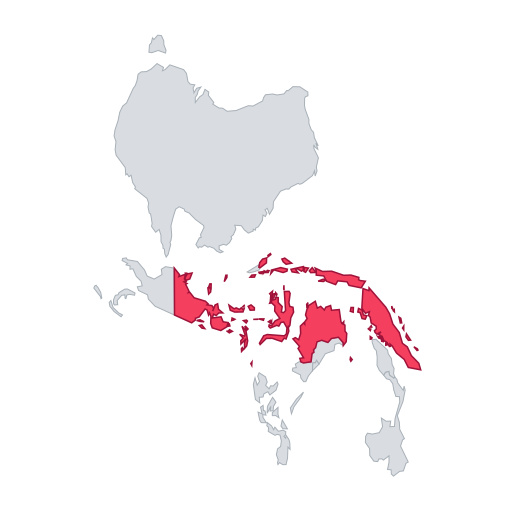 Indonesia highlighted, Equal Earth projection, rotated 179°
{"feature_id": "IDN", "entity_name": "Indonesia", "entity_type": "country or territory", "adm_level": 0, "iso_a3": "IDN", "parent_name": "Asia", "parent_adm1": "", "projection": "equal_earth", "projection_center": [119.503, -2.501], "detail": "fine", "context": "with_neighbors", "style": "filled", "palette": "rose", "viewbox_px": 512, "rotation_deg": 179, "n_neighbors": 7, "source": "natural_earth", "source_scale": "50m", "svg_char_len": 12158}
<svg xmlns="http://www.w3.org/2000/svg" viewBox="0 0 512 512"><g transform="rotate(179 256 256)"><path d="M338.6,198.4L357.8,207.5L364.4,214.8L365.1,219.1L374.0,223.5L375.2,227.3L370.3,228.1L371.4,232.9L376.0,237.6L379.3,245.3L382.3,245.0L382.0,248.2L386.1,249.4L384.5,250.8L390.0,253.8L389.4,255.9L385.8,256.4L384.6,254.5L374.7,252.6L367.8,244.1L365.1,237.8L358.2,234.7L350.3,239.1L350.9,244.4L346.7,246.9L338.2,245.4L338.6,198.4ZM398.9,203.0L403.0,208.3L403.6,212.1L401.9,214.0L399.8,207.0L394.3,201.5L390.5,199.4L392.0,197.6L398.9,203.0ZM393.6,221.8L387.8,225.2L385.0,225.2L377.6,221.1L378.1,218.9L382.9,219.9L385.8,219.3L386.7,215.9L387.5,215.7L387.9,219.5L391.0,219.0L395.6,213.9L395.1,209.7L398.3,209.5L399.3,210.7L399.2,214.7L397.3,219.1L394.5,219.7L393.6,221.8ZM412.2,218.1L418.7,226.8L417.9,228.8L416.4,229.5L414.2,226.8L411.9,222.2L410.9,216.7L411.7,216.0L412.2,218.1Z" fill="#d9dde1" stroke="#a8b0b8" stroke-width="1"/><path d="M252.5,243.7L253.1,242.0L257.7,240.4L263.1,239.3L265.1,240.2L253.1,247.3L252.5,243.7Z" fill="#d9dde1" stroke="#a8b0b8" stroke-width="1"/><path d="M147.7,76.9L142.8,75.9L135.9,77.2L132.4,83.1L133.5,91.8L128.8,88.5L124.2,88.6L125.1,83.0L120.5,83.1L119.8,90.9L114.8,107.7L115.1,112.9L118.6,113.1L120.6,119.7L121.5,125.9L124.4,130.0L127.6,130.9L130.4,134.6L128.6,137.6L125.0,138.4L124.6,134.7L120.3,131.6L119.4,132.8L117.3,130.1L116.4,126.5L111.1,119.0L110.2,123.3L109.2,119.3L111.6,107.9L117.5,93.9L115.6,87.3L115.3,80.1L110.8,70.8L112.7,69.5L114.8,63.4L107.4,47.4L109.7,46.1L112.4,38.5L116.1,38.2L122.4,33.5L124.5,35.7L124.6,39.9L128.2,40.2L126.6,47.6L126.5,53.9L132.2,49.7L133.7,51.0L136.8,50.8L137.9,48.3L141.8,48.8L145.7,54.5L145.8,61.5L149.9,67.7L149.5,73.7L147.7,76.9Z" fill="#d9dde1" stroke="#a8b0b8" stroke-width="1"/><path d="M356.7,461.1L359.5,461.6L358.8,468.9L356.9,471.0L355.7,475.9L354.3,474.2L350.4,478.5L346.7,478.0L344.5,472.8L344.4,468.7L342.4,463.3L342.9,460.5L350.2,463.2L356.7,461.1ZM256.3,406.0L246.7,410.9L245.6,414.3L243.8,417.0L236.5,417.7L232.2,416.6L225.2,417.6L222.3,421.0L220.9,420.7L216.1,424.7L209.2,424.4L201.3,419.0L201.3,415.3L203.8,414.4L204.6,412.9L204.9,405.9L204.3,402.0L200.7,391.5L200.8,387.6L198.6,381.3L196.3,378.6L195.6,373.3L191.8,365.0L194.1,367.9L192.3,361.6L194.9,363.6L196.4,366.2L196.3,362.7L191.9,353.1L194.1,344.0L193.5,339.9L195.5,334.9L196.0,340.2L198.1,335.4L208.8,327.6L211.1,327.0L212.6,327.9L219.8,324.5L222.0,322.3L224.9,322.5L230.4,320.4L237.6,310.0L238.1,303.4L241.8,297.4L243.9,303.5L246.2,302.0L244.3,298.7L246.0,295.3L248.3,296.8L249.0,291.4L253.2,285.1L255.9,283.9L256.0,281.9L258.3,282.8L258.4,281.0L263.3,279.0L267.2,282.3L270.1,286.5L276.7,287.2L275.7,283.3L278.3,277.6L280.7,275.7L279.9,273.9L282.3,269.8L285.5,267.3L288.2,268.2L292.7,266.8L292.7,263.2L288.8,260.8L291.7,259.8L295.2,261.6L298.0,264.5L302.4,266.3L303.9,265.6L307.2,267.8L310.3,265.7L312.3,266.4L313.6,265.0L315.9,268.5L312.3,275.2L310.5,275.5L311.1,278.3L307.5,285.4L307.8,287.4L315.9,293.6L322.2,300.2L326.3,302.0L327.0,304.2L332.0,306.6L335.5,304.2L337.9,297.2L340.5,287.7L339.9,278.1L340.8,272.8L341.8,271.3L341.1,268.9L343.8,259.2L345.8,256.5L347.2,260.0L347.5,264.5L348.8,265.3L348.9,268.3L350.7,272.0L350.7,278.6L352.4,284.2L355.9,281.5L359.9,287.3L359.3,290.4L360.1,296.5L360.7,300.0L362.0,300.9L363.1,306.9L362.4,310.6L363.9,315.4L376.1,325.4L375.3,327.1L378.0,331.5L379.5,339.0L381.6,337.5L383.5,340.5L384.8,339.4L385.2,346.7L394.1,359.2L395.0,364.7L394.0,372.8L395.8,378.5L394.8,384.5L391.6,393.6L389.7,402.2L386.7,408.2L382.7,411.4L376.0,425.4L373.7,428.6L371.9,433.4L370.7,439.8L367.6,442.1L362.2,442.3L357.4,444.9L351.6,450.1L345.2,446.2L346.3,442.8L343.6,444.0L338.8,448.6L325.1,443.6L322.3,439.7L321.0,431.6L318.8,429.0L314.2,428.2L316.0,425.1L315.2,420.2L312.5,424.7L308.1,425.9L310.9,422.3L311.9,418.6L314.0,415.4L314.0,410.5L309.6,416.1L306.3,418.3L304.1,423.5L300.4,420.8L300.8,417.4L295.5,410.2L296.6,408.6L290.4,404.6L286.9,404.4L282.3,401.2L273.3,401.8L261.1,406.4L256.3,406.0Z" fill="#d9dde1" stroke="#a8b0b8" stroke-width="1"/><path d="M232.6,91.6L227.6,82.6L232.2,82.9L234.0,85.5L232.6,91.6ZM238.6,109.5L241.1,105.5L241.6,101.1L244.6,100.7L243.7,105.5L247.6,98.6L247.2,105.4L241.9,114.4L238.6,109.5ZM259.1,112.5L260.9,127.6L259.1,134.2L257.1,126.9L254.7,130.5L256.4,135.8L254.9,139.2L248.6,135.0L247.0,129.8L248.6,126.4L245.2,123.0L243.6,126.0L241.1,125.7L237.1,129.7L236.2,127.6L238.3,121.5L244.6,116.8L246.5,120.1L250.5,118.1L251.4,114.9L255.2,114.7L254.8,109.1L259.1,112.5ZM218.0,112.3L210.9,119.1L213.5,114.1L220.6,104.7L223.3,97.6L224.3,103.4L218.0,112.3ZM238.1,48.9L237.3,51.8L239.1,56.9L237.8,62.8L234.7,65.1L233.9,70.8L235.1,76.5L237.9,77.3L240.2,76.4L246.8,80.4L246.4,84.3L248.1,86.0L247.6,89.3L243.4,85.8L241.4,82.0L240.1,84.6L236.7,80.4L231.9,81.4L229.3,79.8L229.5,76.9L231.2,75.1L229.6,73.4L228.9,76.0L226.3,71.9L225.5,68.8L225.3,62.0L227.4,64.4L228.0,53.3L229.6,46.9L232.8,46.9L236.1,49.0L237.7,47.1L238.1,48.9ZM236.8,97.3L235.9,93.9L239.1,96.1L242.5,96.1L242.4,99.1L236.6,104.3L236.8,97.3ZM255.2,91.9L256.7,99.9L252.6,98.0L254.1,104.8L251.5,106.5L251.3,101.4L249.7,101.0L248.8,96.7L251.9,97.3L251.9,94.6L248.6,89.1L253.7,89.3L255.2,91.9Z" fill="#d9dde1" stroke="#a8b0b8" stroke-width="1"/><path d="M119.4,132.8L120.3,131.6L124.6,134.7L125.0,138.4L128.6,137.6L130.4,134.6L134.7,139.6L136.9,144.5L136.6,152.6L137.4,159.4L139.3,161.4L141.4,167.8L141.3,170.2L137.5,170.7L126.1,159.6L125.5,155.9L122.4,151.1L121.8,145.1L119.9,141.2L120.5,135.9L119.4,132.8ZM214.6,149.6L203.8,148.4L201.9,156.6L199.9,159.2L197.1,169.2L192.7,170.7L187.6,168.7L185.1,169.4L181.9,173.0L178.5,172.5L175.0,174.0L171.4,169.9L170.5,165.0L174.4,167.5L178.6,166.2L179.7,160.0L188.4,157.1L194.9,146.8L197.3,150.6L198.5,148.1L201.0,148.3L201.6,140.2L205.7,135.2L208.4,129.5L210.6,129.5L213.3,133.2L213.6,136.3L221.6,140.5L221.2,143.3L217.6,143.7L218.6,147.2L214.6,149.6Z" fill="#d9dde1" stroke="#a8b0b8" stroke-width="1"/><path d="M201.6,140.2L201.0,148.3L198.5,148.1L197.3,150.6L194.9,146.8L201.6,140.2Z" fill="#d9dde1" stroke="#a8b0b8" stroke-width="1"/><path d="M170.3,164.9L170.4,167.9L175.0,173.3L182.0,172.2L185.6,168.3L191.7,170.6L196.5,169.1L198.0,163.3L200.1,161.3L199.8,158.6L201.6,157.6L202.8,149.2L210.4,148.2L213.0,149.4L214.0,152.9L210.2,153.4L215.6,162.8L214.1,164.9L220.5,172.5L218.1,173.7L214.8,171.6L212.7,177.8L212.9,185.1L209.4,188.4L208.5,187.1L208.5,189.2L206.0,192.5L207.5,196.2L205.9,202.2L204.8,203.8L204.3,205.5L197.5,209.7L195.6,202.9L192.2,204.5L188.6,200.8L187.1,203.6L182.3,205.2L181.4,200.4L173.7,201.0L172.2,188.8L171.1,186.9L168.3,185.4L168.3,179.3L166.6,177.0L167.3,168.7L170.3,164.9ZM93.3,139.3L105.7,141.9L109.6,150.0L117.2,156.5L121.4,163.7L123.4,165.5L123.1,163.3L124.2,163.2L126.5,167.3L129.5,169.1L131.4,173.5L134.9,175.4L132.3,178.0L136.5,175.8L138.3,177.5L138.9,179.2L137.0,180.9L137.1,183.7L142.0,187.1L142.9,192.7L144.6,194.7L143.6,198.3L147.6,196.8L151.1,202.0L149.6,221.6L143.7,219.4L143.5,222.2L127.1,202.5L123.4,195.8L120.3,185.5L114.1,177.0L111.1,166.1L106.3,162.5L102.4,153.7L95.1,145.9L93.3,139.3ZM338.5,198.4L337.9,245.4L332.8,238.7L333.5,236.8L326.9,239.0L328.0,234.3L326.2,231.9L326.9,231.6L327.9,231.8L328.5,231.5L325.5,229.7L326.9,229.1L323.4,221.5L324.2,220.6L322.8,220.8L318.6,215.3L307.4,211.7L304.7,209.0L305.8,208.0L300.9,207.2L299.3,204.7L300.2,201.6L297.8,207.7L295.2,208.9L294.4,203.4L290.2,199.7L294.2,199.7L296.8,197.2L299.5,198.5L300.7,194.8L292.0,195.8L290.0,190.8L285.0,189.9L286.4,185.7L292.5,182.1L301.0,184.9L302.5,189.4L302.1,196.3L303.5,200.0L304.5,197.9L305.8,202.8L307.8,203.9L313.9,196.0L317.6,194.8L317.9,192.9L321.5,190.3L338.5,198.4ZM254.1,168.7L249.7,176.1L246.1,177.3L229.1,175.7L227.0,177.6L226.3,183.6L229.5,189.5L232.1,189.2L234.4,185.5L236.5,186.3L243.0,183.7L244.4,185.2L244.1,186.8L241.5,186.1L238.0,190.8L233.2,193.1L238.3,200.6L238.0,205.7L241.2,208.9L241.4,211.3L237.3,212.4L236.9,214.5L234.5,214.0L234.6,209.1L230.7,205.0L231.6,199.5L229.5,198.8L227.4,200.9L228.3,220.0L223.6,220.1L222.5,218.0L223.9,208.7L223.1,205.0L219.9,204.1L219.4,199.2L222.3,193.5L223.3,186.1L224.4,184.5L225.1,185.8L224.5,180.2L227.4,172.5L229.2,173.4L231.8,170.0L241.2,173.4L247.1,173.4L253.4,167.4L254.1,168.7ZM151.4,222.3L163.5,225.0L165.4,228.6L174.7,229.7L176.9,226.0L186.0,229.6L188.6,234.9L196.1,235.8L196.0,240.2L197.0,242.9L189.9,239.4L180.6,239.5L168.7,235.2L161.4,235.3L153.5,232.8L153.8,230.5L152.1,229.6L147.1,228.9L151.4,222.3ZM267.5,173.4L272.6,168.2L272.7,171.6L270.3,174.2L273.7,178.0L268.8,176.1L268.3,177.4L271.2,186.0L267.3,181.3L265.8,171.3L266.9,166.2L269.1,163.7L269.0,169.9L267.5,173.4ZM278.3,200.3L282.7,202.2L283.9,207.4L278.8,203.6L276.7,204.5L273.5,202.9L271.6,204.5L269.6,202.4L268.3,204.8L270.0,200.3L278.3,200.3ZM240.8,241.7L231.5,244.0L224.9,242.3L225.3,240.3L229.2,239.0L238.4,241.8L241.5,238.1L240.8,241.7ZM214.0,238.4L220.2,239.5L221.3,242.1L208.8,244.6L209.1,241.1L210.8,240.0L215.1,242.6L216.5,241.6L214.0,238.4ZM252.2,244.1L253.4,244.8L252.4,249.3L249.5,252.8L245.4,253.9L245.7,248.9L252.2,244.1ZM151.1,191.6L152.8,197.4L155.2,198.2L154.4,201.8L150.8,200.0L149.7,195.3L146.2,194.3L147.9,190.9L151.1,191.6ZM325.0,239.3L320.2,240.1L322.6,234.2L326.3,232.9L327.5,235.1L325.0,239.3ZM226.0,247.2L228.9,249.7L230.2,252.5L227.3,253.4L220.4,248.2L226.0,247.2ZM262.8,201.9L264.7,205.8L261.8,207.2L258.5,204.3L258.6,202.0L262.8,201.9ZM201.6,238.4L203.0,240.2L200.0,243.4L196.4,238.5L201.6,238.4ZM208.4,239.7L207.7,243.7L203.8,243.0L206.7,238.8L208.4,239.7ZM162.7,199.1L161.9,202.9L159.5,202.8L159.8,198.1L162.7,199.1ZM304.0,218.8L304.7,225.0L303.3,225.3L301.7,223.4L302.0,220.8L304.0,218.8ZM194.3,229.8L189.2,231.7L187.0,230.6L188.9,229.3L194.3,229.8ZM242.4,211.3L241.9,216.7L243.0,218.1L240.1,220.5L241.3,212.9L242.4,211.3ZM105.1,169.0L107.5,172.5L106.9,175.5L102.9,169.2L105.1,169.0ZM114.1,192.4L112.3,191.2L111.5,186.6L112.9,186.5L114.1,192.4ZM286.5,237.3L285.3,237.3L285.5,235.0L288.2,230.9L286.5,237.3ZM284.0,179.6L286.8,181.7L283.0,180.2L284.5,182.0L283.7,182.8L280.9,181.1L284.0,179.6ZM249.7,191.6L254.5,193.1L249.2,193.0L249.7,191.6ZM240.1,217.6L238.2,218.0L238.7,214.0L240.4,212.9L240.1,217.6ZM308.5,184.3L311.3,184.8L313.9,187.5L311.4,188.1L308.5,184.3ZM262.3,234.9L260.5,237.0L256.9,237.2L257.9,234.9L262.3,234.9ZM303.8,226.1L302.6,229.0L301.3,228.9L301.5,224.3L303.8,226.1ZM269.7,191.6L266.6,192.1L265.7,191.1L267.0,189.2L269.7,191.6ZM309.0,191.1L312.9,191.5L316.6,192.6L313.1,193.2L309.0,191.1ZM241.6,188.1L244.8,190.0L243.0,191.2L242.9,189.0L241.5,191.0L241.6,188.1ZM271.3,164.7L270.1,162.9L272.1,160.8L272.2,163.5L271.3,164.7ZM250.4,238.3L252.9,238.6L253.4,239.7L249.3,240.3L250.4,238.3ZM281.5,191.8L281.0,194.4L278.2,193.1L279.6,192.3L281.5,191.8ZM206.2,206.8L204.8,208.5L206.0,203.1L206.2,206.8ZM266.6,181.9L268.3,185.4L267.6,185.9L265.2,183.2L266.6,181.9ZM99.7,162.5L96.2,160.3L95.7,159.1L96.6,158.7L99.7,162.5ZM163.3,152.9L161.6,150.8L163.0,149.1L163.7,150.7L163.3,152.9ZM285.0,189.1L283.8,188.6L283.3,186.5L285.2,186.2L285.0,189.1ZM134.7,173.3L132.0,173.4L132.1,171.7L134.7,173.3ZM127.8,164.5L127.8,166.6L126.7,167.0L126.2,164.9L127.8,164.5ZM246.9,239.3L244.9,241.4L243.2,241.1L244.1,239.3L246.9,239.3ZM241.6,258.2L241.1,257.2L243.9,255.1L244.1,256.4L241.6,258.2ZM255.6,192.6L259.9,192.7L254.9,192.9L255.6,192.6ZM143.2,170.8L143.2,173.5L141.4,172.2L142.0,171.0L143.2,170.8ZM170.9,187.1L169.4,188.8L169.5,186.7L170.9,187.1ZM121.1,201.3L121.2,203.6L119.7,199.7L121.1,201.3ZM143.0,179.4L145.5,181.6L142.5,180.9L143.0,179.4ZM236.9,218.9L235.7,217.5L236.2,216.2L236.9,216.8L236.9,218.9ZM110.8,181.4L109.5,183.4L109.6,179.6L110.8,181.4ZM131.6,172.4L130.8,171.8L130.7,169.4L131.7,170.6L131.6,172.4ZM263.1,148.5L261.9,150.1L262.2,146.7L263.1,148.5ZM248.6,238.8L248.1,241.1L246.9,240.5L248.6,238.8ZM131.9,168.6L132.0,169.9L129.5,167.9L131.9,168.6ZM141.5,182.9L143.2,182.9L142.0,184.3L141.5,182.9ZM135.6,173.3L133.1,171.9L133.2,171.2L134.7,171.8L135.6,173.3ZM243.2,208.5L242.5,210.1L241.9,208.7L243.2,208.5ZM270.6,205.0L268.7,206.8L268.5,206.3L270.6,205.0ZM326.9,240.1L325.3,240.0L325.1,239.5L326.4,238.6L326.9,240.1ZM228.9,222.7L228.6,226.3L228.5,221.3L228.9,222.7ZM119.7,198.9L118.7,199.9L118.6,197.8L119.7,198.9Z" fill="#f43f5e" stroke="#9f1239" stroke-width="1.5"/></g></svg>